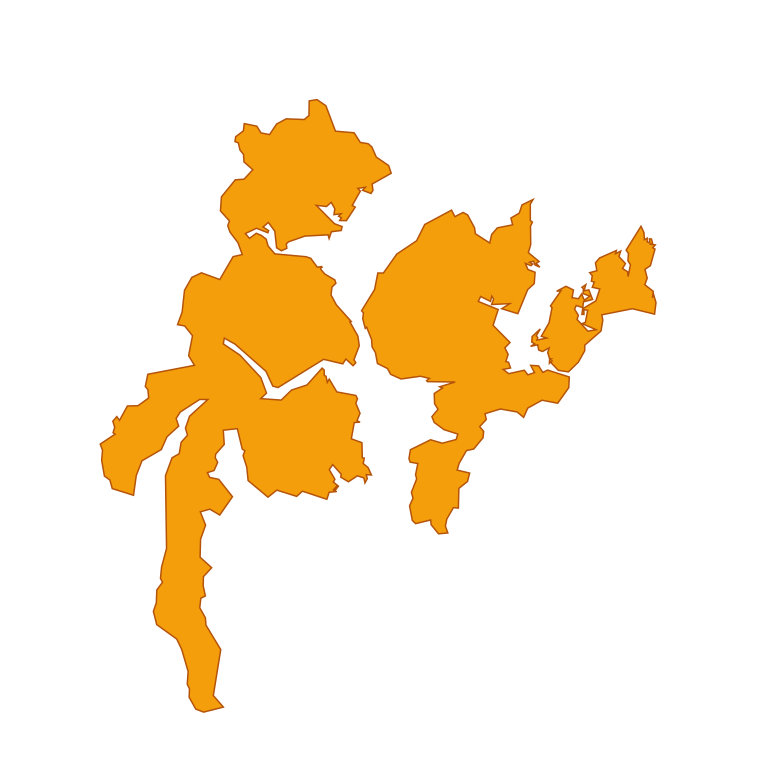 outline of Sortland nor, Nordland, Norway, rotated 170°
{"feature_id": "86288312B55921880538341", "entity_name": "Sortland nor", "entity_type": "district", "adm_level": 2, "iso_a3": "NOR", "parent_name": "Norway", "parent_adm1": "Nordland", "projection": "mercator", "projection_center": [15.403, 68.748], "detail": "fine", "context": "isolated", "style": "filled", "palette": "amber", "viewbox_px": 768, "rotation_deg": 170, "n_neighbors": 0, "source": "geoboundaries", "source_scale": "gbopen_adm2", "svg_char_len": 6149}
<svg xmlns="http://www.w3.org/2000/svg" viewBox="0 0 768 768"><g transform="rotate(170 384 384)"><path d="M517.9,292.7L508.0,298.1L489.5,288.5L483.0,292.6L460.3,280.4L456.8,286.9L449.1,286.3L451.4,287.1L446.1,291.7L452.8,288.1L447.4,292.2L450.9,296.2L448.9,298.7L452.8,309.2L448.5,313.5L441.8,302.5L442.8,299.8L436.0,293.9L426.2,298.2L420.1,295.0L419.9,289.9L416.9,293.7L417.2,297.8L412.2,296.6L414.2,304.5L418.3,309.3L416.3,314.4L418.2,315.1L415.9,330.0L425.7,335.7L420.0,351.2L414.2,350.6L417.0,352.5L412.7,359.3L415.1,369.9L412.7,374.1L413.7,377.6L431.8,384.4L437.1,398.3L439.6,395.4L439.7,401.6L441.3,402.8L440.5,408.1L442.2,410.4L460.0,396.4L476.1,394.1L488.0,386.0L508.0,391.0L501.3,395.4L504.2,411.7L520.9,437.5L535.3,451.4L533.3,456.9L523.7,449.1L498.0,416.9L493.9,401.3L489.0,398.9L439.2,418.8L421.1,411.0L417.2,415.2L411.3,407.4L408.1,409.8L409.4,413.1L401.7,426.0L401.4,435.7L406.8,451.1L405.4,451.2L417.2,470.3L420.7,480.9L418.4,488.5L413.9,491.5L414.3,495.0L423.2,502.6L426.3,507.8L426.3,509.2L424.8,509.6L425.0,510.5L429.4,510.6L434.3,520.5L438.7,522.9L468.9,531.1L474.2,540.1L474.9,547.1L479.1,551.7L483.6,554.6L491.2,550.8L494.4,556.3L482.5,559.5L472.1,553.1L471.0,555.1L475.9,559.6L469.8,563.2L465.0,553.4L466.1,536.8L461.9,533.0L456.1,534.5L455.9,538.9L453.4,540.6L436.2,543.4L413.2,540.6L412.8,536.8L409.3,543.1L399.5,542.6L397.9,546.3L404.9,550.4L419.7,571.7L409.8,568.8L404.4,572.1L402.0,565.1L403.9,559.5L396.7,559.1L399.6,557.1L397.1,555.1L399.3,552.7L392.7,551.4L381.6,563.2L384.3,565.3L373.8,578.1L375.8,581.2L368.2,581.0L371.5,578.5L363.7,573.9L361.2,576.7L361.0,583.0L340.3,590.3L341.5,598.3L352.2,608.8L354.8,619.6L357.9,623.4L365.4,626.0L369.8,636.6L387.9,641.4L392.9,668.1L400.6,675.7L408.5,675.8L411.3,661.4L416.6,658.3L434.2,662.1L444.6,658.7L453.4,649.5L461.5,652.6L464.5,660.0L476.4,664.7L478.5,657.7L487.1,653.3L488.7,648.6L485.6,646.8L485.2,639.4L482.5,634.6L483.3,627.0L476.0,617.8L486.3,610.0L495.0,610.9L511.6,596.5L515.0,582.9L507.9,571.4L510.4,567.0L509.3,560.3L503.3,548.6L501.1,536.1L510.5,535.6L527.6,515.4L544.5,525.2L554.8,522.3L564.2,510.9L570.3,489.9L577.0,478.3L570.2,475.8L564.2,464.8L571.5,445.8L567.4,435.3L614.9,434.6L619.5,423.0L617.5,419.4L618.2,411.1L630.1,405.3L640.5,406.9L650.8,394.1L652.8,398.3L657.5,394.4L656.7,388.1L659.3,383.1L657.5,381.3L673.9,374.1L672.7,367.7L675.3,357.9L675.3,341.9L670.6,337.0L669.8,328.2L650.0,317.9L643.9,336.8L635.7,350.4L614.7,358.1L606.9,369.7L593.5,378.2L594.7,386.1L589.5,391.8L568.2,400.8L560.2,399.3L581.1,386.0L587.2,375.0L586.4,367.7L593.9,361.8L597.8,350.9L605.5,348.2L615.1,331.7L626.7,259.8L634.8,242.4L637.9,231.3L636.5,227.3L643.5,220.6L646.2,208.1L650.6,200.1L649.6,186.5L632.4,168.8L629.3,157.7L626.8,134.9L629.9,122.5L628.5,117.6L630.3,109.3L625.8,96.5L618.6,92.2L598.3,93.7L606.2,106.8L590.9,150.8L601.2,177.4L600.5,184.7L604.3,195.6L601.6,204.8L596.7,206.3L597.1,216.5L595.3,225.6L585.6,233.0L595.2,245.3L591.6,263.0L584.2,276.0L587.1,290.0L577.3,291.0L568.5,283.5L552.8,299.3L563.3,318.8L571.9,322.3L573.3,327.4L566.4,328.3L561.4,335.7L563.0,340.7L561.9,344.2L551.8,352.3L550.3,366.4L536.2,365.5L534.9,344.5L532.6,342.5L535.2,337.9L533.6,325.9L534.6,312.5L517.9,292.7ZM287.3,543.5L316.2,534.0L327.0,519.4L348.9,509.7L365.3,493.4L370.8,494.4L376.9,478.6L393.4,460.0L391.9,457.7L393.6,451.9L392.8,442.0L391.2,443.0L388.5,430.0L389.3,422.6L387.0,416.5L386.9,405.3L377.9,398.7L375.8,392.4L366.4,386.0L346.7,385.3L338.3,381.6L341.5,379.9L340.8,378.8L313.5,373.6L329.7,371.6L327.1,369.9L336.2,365.9L337.6,355.8L335.2,349.7L342.5,343.5L341.2,337.4L332.8,328.6L320.0,321.9L322.6,316.8L337.0,315.6L347.8,321.0L369.4,314.7L372.4,306.1L371.8,302.5L364.5,299.8L368.7,289.1L368.3,284.9L375.8,272.6L375.3,266.4L380.0,259.6L379.8,244.7L377.1,241.0L361.7,242.0L362.0,237.2L356.3,227.0L347.0,226.2L348.2,233.4L345.6,240.1L337.1,250.2L332.3,248.9L328.4,268.2L318.7,273.5L315.1,281.4L326.9,286.5L323.8,292.8L314.4,304.1L306.9,304.4L295.8,313.9L294.1,320.0L297.2,325.4L289.4,331.3L289.7,337.2L273.8,339.2L257.7,333.3L252.3,326.9L246.6,335.3L231.2,340.6L216.3,334.9L202.7,348.3L200.3,358.7L220.5,369.3L225.6,367.8L228.6,375.0L236.3,376.9L233.8,369.1L240.7,368.0L243.4,373.2L259.3,372.5L264.2,377.7L256.6,377.8L257.6,383.8L260.1,384.9L256.6,391.7L258.7,398.6L252.7,403.0L266.4,422.8L258.6,437.5L276.8,448.9L273.7,453.4L264.8,446.9L262.6,451.8L261.3,448.7L264.2,443.6L246.1,441.3L255.0,437.7L240.0,430.0L226.1,452.0L218.6,456.8L215.8,467.8L222.4,471.8L223.8,478.2L218.7,475.0L216.7,476.2L219.6,478.6L215.3,479.0L214.7,475.1L210.3,472.0L213.2,476.4L210.0,477.7L219.0,488.3L215.3,495.8L212.3,514.1L209.7,517.6L211.5,519.6L208.7,535.7L205.2,539.8L217.0,536.4L221.1,528.8L230.2,525.4L229.7,518.4L245.2,518.1L252.0,512.6L255.4,504.5L267.9,516.1L267.7,522.1L272.3,536.0L276.3,539.2L285.1,536.5L287.3,543.5ZM102.9,425.0L104.7,422.3L102.7,428.4L109.9,436.5L106.4,442.5L107.1,451.6L101.1,454.3L93.7,469.8L95.7,471.5L92.7,473.9L96.8,475.2L95.1,475.9L95.4,480.3L97.4,480.9L97.8,476.9L100.1,478.2L99.5,481.9L102.5,480.9L101.7,488.0L103.5,494.7L122.3,473.8L120.6,470.1L122.4,463.0L120.6,458.7L124.9,447.4L124.6,452.2L129.0,456.3L125.3,460.7L130.5,468.7L127.8,473.8L133.4,472.1L132.0,475.1L149.8,470.7L154.7,466.7L154.7,458.6L162.1,457.9L160.1,454.5L161.9,449.2L159.2,447.8L162.1,443.1L155.0,440.1L160.9,429.1L175.3,423.6L177.0,418.2L175.0,417.8L174.3,422.5L170.6,421.2L175.0,409.7L178.4,409.1L165.6,400.6L174.0,400.6L182.7,414.1L180.7,417.8L183.3,424.6L181.1,427.9L175.0,424.7L173.3,430.3L163.9,431.0L165.9,441.1L170.8,441.1L168.0,446.8L172.3,444.8L171.1,443.3L172.2,438.4L166.0,434.8L172.2,431.7L173.7,438.4L177.7,434.2L183.8,436.4L181.1,443.7L187.8,448.6L197.9,445.4L193.5,445.1L206.5,432.0L205.3,429.9L210.9,415.5L220.8,403.7L215.8,401.0L225.7,400.7L224.5,403.0L225.7,405.0L220.5,411.1L229.9,405.0L231.2,399.7L228.7,397.3L233.1,395.6L225.9,395.9L225.7,390.5L222.2,388.5L215.1,390.9L217.3,386.5L216.6,380.4L214.8,379.7L216.8,379.0L217.5,375.7L214.1,378.1L215.8,376.0L210.0,367.2L200.3,363.9L188.9,371.7L180.6,381.8L179.5,387.4L161.1,398.5L157.4,409.0L157.5,414.3L126.3,415.0L105.4,405.8L102.0,417.0L102.9,425.0Z" fill="#f59e0b" stroke="#b45309" stroke-width="1.5"/></g></svg>